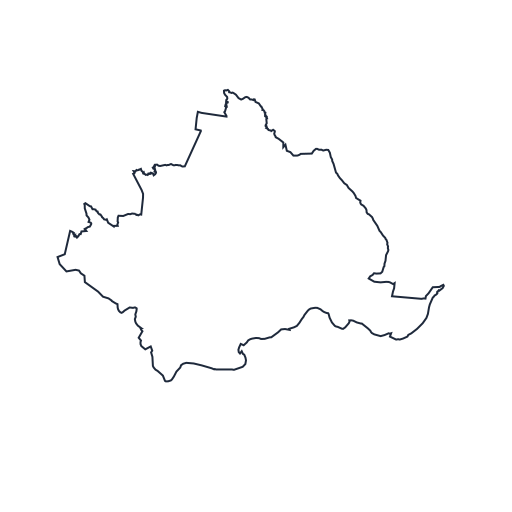 Tampacán, San Luis Potosí, Mexico, rotated 289°
{"feature_id": "50627088B27079735584148", "entity_name": "Tampacán", "entity_type": "district", "adm_level": 2, "iso_a3": "MEX", "parent_name": "Mexico", "parent_adm1": "San Luis Potosí", "projection": "orthographic", "projection_center": [-98.734, 21.409], "detail": "fine", "context": "isolated", "style": "outline", "palette": "slate", "viewbox_px": 512, "rotation_deg": 289, "n_neighbors": 0, "source": "geoboundaries", "source_scale": "gbopen_adm2", "svg_char_len": 6098}
<svg xmlns="http://www.w3.org/2000/svg" viewBox="0 0 512 512"><g transform="rotate(289 256 256)"><path d="M222.6,415.7L223.6,417.5L223.8,419.1L225.8,421.9L229.1,425.4L231.0,425.7L233.4,428.0L239.5,432.0L246.7,435.5L252.9,437.3L257.2,437.4L263.8,436.3L266.8,436.1L274.3,436.7L275.5,437.4L276.9,437.7L277.4,438.4L279.0,439.4L279.6,439.3L280.1,439.6L280.9,439.0L281.5,439.2L281.6,439.4L283.1,440.0L282.9,440.6L286.4,442.9L288.9,443.3L289.7,442.5L287.4,440.2L286.6,439.8L284.0,433.3L276.9,431.3L273.4,429.7L270.9,430.1L270.5,428.4L269.4,426.5L262.2,397.7L267.0,397.1L270.4,397.1L275.5,395.9L274.1,394.8L274.7,391.2L274.6,389.7L273.9,387.4L271.6,382.3L270.2,376.2L271.4,369.9L274.0,370.6L276.0,372.4L278.1,373.2L278.6,375.7L280.1,379.4L282.2,380.5L287.2,380.3L288.1,380.7L290.6,380.0L293.6,380.0L299.2,378.7L303.4,379.3L304.8,379.2L306.4,378.1L308.1,377.7L309.8,376.2L311.3,376.0L313.7,374.1L314.3,373.0L315.2,372.3L316.7,369.4L319.2,366.2L320.0,364.6L324.0,360.9L328.3,355.1L329.4,354.3L330.6,353.0L332.2,349.2L332.2,347.9L333.3,346.4L335.4,345.5L336.7,344.3L338.5,341.3L339.0,338.7L339.6,337.9L340.6,337.1L342.3,336.8L343.4,331.8L345.2,330.5L347.3,328.0L348.4,326.2L350.5,321.3L352.7,318.8L353.5,315.8L355.7,312.4L357.0,309.9L358.9,307.3L360.2,306.1L360.9,304.5L368.4,299.3L370.7,297.1L372.0,296.6L373.9,294.5L377.7,292.2L379.8,289.8L379.3,287.8L377.6,285.2L377.8,283.2L377.0,281.0L377.2,279.0L376.8,277.8L374.3,276.3L371.0,275.4L367.1,265.0L365.9,264.2L364.5,262.6L363.1,258.7L365.4,254.7L365.5,250.9L370.8,247.6L367.8,246.4L372.2,244.9L374.2,239.2L374.7,236.0L375.2,235.8L376.6,234.1L377.6,233.4L379.8,233.3L380.3,233.0L380.9,231.1L379.2,229.8L379.5,229.5L379.2,227.0L379.5,226.3L380.0,226.0L380.2,224.7L380.5,225.0L381.3,224.3L381.8,223.9L381.3,223.6L381.8,222.9L382.7,222.5L385.0,222.9L388.7,221.2L389.4,221.1L389.7,221.6L390.5,220.9L391.0,221.0L391.3,220.6L391.0,220.2L391.4,219.9L391.0,219.6L391.1,219.2L392.2,219.2L392.3,218.6L394.5,218.2L394.4,217.5L395.5,216.9L396.3,215.7L396.2,214.5L397.0,214.5L399.0,212.5L398.9,212.1L401.2,209.0L401.5,205.4L403.6,203.8L403.5,203.0L402.6,202.8L402.6,201.1L402.1,199.4L403.2,197.4L403.4,195.5L402.7,194.2L400.3,192.4L399.1,191.0L399.6,188.1L402.0,184.5L402.7,181.9L402.9,180.7L402.2,179.8L402.3,178.4L402.1,177.3L403.1,176.9L403.9,175.3L402.7,173.8L402.7,172.8L401.9,171.9L401.1,172.2L399.7,172.8L398.4,174.2L397.0,176.9L395.6,177.6L394.5,177.5L393.9,177.1L392.2,177.5L392.4,179.1L391.9,179.3L390.6,178.0L388.4,179.3L388.7,178.0L387.5,178.1L387.0,179.4L382.6,179.6L381.7,179.2L378.8,182.5L378.2,182.7L373.6,158.0L373.4,154.1L367.2,155.0L356.1,157.6L356.7,162.9L356.2,163.2L317.6,159.5L316.7,157.5L316.7,156.3L317.1,155.0L316.5,153.3L316.5,152.4L315.9,150.3L315.3,149.6L314.9,148.4L315.3,145.7L313.6,143.8L313.3,142.8L312.6,142.0L312.6,140.5L309.9,136.1L309.6,134.4L310.2,132.8L309.3,130.6L307.9,130.4L308.1,131.2L307.4,131.3L306.0,129.7L305.7,130.0L306.1,130.2L306.4,130.9L305.4,132.1L304.8,131.8L304.3,132.7L302.9,132.6L303.1,133.7L302.3,133.8L302.3,134.3L302.1,134.4L301.5,134.0L300.6,134.1L299.0,133.0L300.2,132.0L300.6,130.5L300.5,129.5L299.4,129.6L299.1,129.0L299.5,128.5L298.9,127.4L298.1,127.6L297.4,127.2L297.6,126.7L296.8,125.3L297.3,124.3L297.2,123.5L298.0,123.0L297.6,122.9L297.4,122.4L298.9,121.4L299.0,120.5L299.5,119.8L300.9,118.8L300.0,117.9L300.7,117.4L299.9,117.6L299.2,117.2L298.3,115.7L298.4,115.0L296.8,114.5L296.4,112.7L295.2,114.1L294.6,114.1L293.7,113.1L281.2,126.3L278.0,129.0L274.3,130.2L257.8,134.0L257.7,132.9L256.1,131.4L256.3,130.4L255.9,129.7L256.0,129.1L256.8,128.3L256.6,128.4L255.8,125.0L254.6,123.5L254.1,121.4L250.6,117.4L249.3,112.9L247.4,112.8L243.6,113.9L242.9,114.7L240.4,114.7L239.5,115.4L238.2,111.8L237.6,111.9L239.3,105.4L242.1,103.0L241.4,102.5L241.2,100.4L242.0,99.4L242.6,97.8L243.0,97.6L244.6,95.4L244.3,94.5L245.2,92.7L246.5,91.7L246.3,91.0L247.1,89.6L247.6,89.2L247.4,87.2L247.0,86.2L249.2,83.9L249.0,82.7L250.4,77.5L249.3,76.7L248.3,77.5L245.3,78.6L240.9,81.9L239.2,82.6L237.9,85.0L236.1,86.7L233.7,86.6L233.7,88.9L233.2,89.6L232.3,89.8L229.7,89.3L228.4,87.4L226.8,86.5L226.6,85.9L225.7,85.2L224.4,87.4L222.4,83.0L219.6,83.1L219.2,82.0L216.7,81.5L215.1,80.7L215.6,79.9L216.3,79.6L216.1,79.0L215.4,78.5L215.4,77.8L216.3,77.5L217.3,77.8L217.0,76.5L217.6,75.9L218.5,76.2L219.0,74.6L219.2,72.1L195.4,74.6L190.4,68.7L184.4,73.0L179.7,81.8L184.2,89.9L184.6,93.4L182.6,96.0L181.5,100.2L175.6,102.7L170.9,118.3L167.7,124.6L167.9,130.4L166.9,133.9L166.5,134.3L165.5,138.8L165.4,140.7L162.2,142.0L160.8,142.9L159.5,144.2L158.6,146.0L158.5,147.4L159.6,148.4L161.6,149.5L166.2,153.3L166.9,156.6L168.0,158.3L167.7,160.1L167.2,160.4L164.7,160.9L161.5,160.9L159.4,162.1L156.9,162.0L154.6,163.3L153.3,164.5L151.7,166.9L150.4,171.0L150.1,170.3L148.6,171.8L147.9,173.1L140.5,171.7L138.6,174.8L137.1,174.8L135.1,175.5L133.5,176.9L131.7,181.7L136.2,185.9L132.7,188.7L130.7,188.2L126.9,190.9L118.5,194.3L117.3,195.5L115.8,198.0L115.3,200.4L112.6,206.9L108.3,210.6L108.1,211.6L108.9,213.7L110.6,216.0L111.9,216.7L115.3,217.6L120.8,218.4L125.9,220.7L128.3,220.7L130.4,222.2L132.3,224.9L134.1,232.1L134.9,240.3L135.4,250.6L135.2,253.4L135.7,253.8L135.7,255.1L140.9,270.3L141.2,272.2L146.9,279.5L150.4,281.1L154.1,280.5L156.5,279.1L158.9,277.0L159.2,275.5L161.3,273.5L158.6,272.6L159.5,271.0L161.6,269.9L164.1,269.8L167.9,270.2L167.6,273.4L171.2,275.4L173.7,276.1L175.5,277.7L176.6,279.2L178.5,282.7L179.3,285.6L179.2,287.8L180.5,291.2L183.5,295.4L184.1,296.9L191.0,301.7L194.8,303.7L196.4,307.2L197.1,311.8L198.0,311.1L200.9,315.1L203.2,317.4L207.0,318.8L211.2,319.8L213.8,320.7L216.0,321.0L221.2,322.8L222.7,323.6L224.1,324.8L224.9,326.2L226.3,328.8L226.9,330.8L226.6,334.4L225.6,336.9L225.2,338.8L225.1,341.2L225.4,342.9L224.6,343.7L221.6,345.7L217.9,349.4L215.6,353.3L215.4,354.6L215.6,356.3L215.2,361.0L215.5,362.1L217.6,363.6L222.6,365.6L224.6,365.8L225.5,365.2L226.2,367.0L226.5,369.0L226.0,372.9L226.3,377.4L226.6,378.0L224.0,385.3L222.6,388.4L221.6,389.4L220.9,390.6L220.4,393.3L220.8,399.9L223.1,403.3L226.1,406.6L226.1,407.8L226.9,408.9L223.4,408.9L222.6,415.7Z" fill="none" stroke="#1e293b" stroke-width="2"/></g></svg>